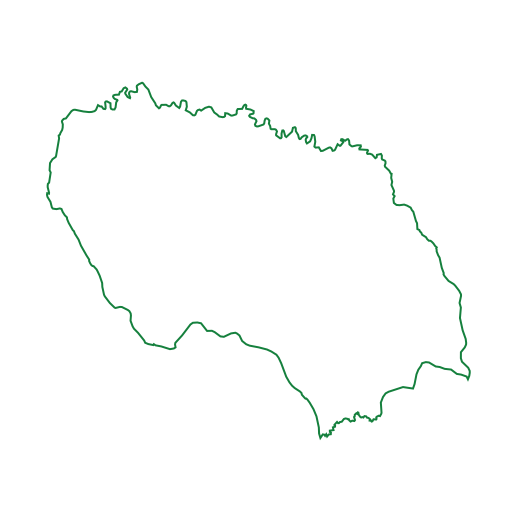 Lakhonepheng, Saravan, Laos (Equal Earth projection), rotated 350°
{"feature_id": "54806243B33951699195054", "entity_name": "Lakhonepheng", "entity_type": "district", "adm_level": 2, "iso_a3": "LAO", "parent_name": "Laos", "parent_adm1": "Saravan", "projection": "equal_earth", "projection_center": [105.622, 15.821], "detail": "fine", "context": "isolated", "style": "outline", "palette": "green", "viewbox_px": 512, "rotation_deg": 350, "n_neighbors": 0, "source": "geoboundaries", "source_scale": "gbopen_adm2", "svg_char_len": 6021}
<svg xmlns="http://www.w3.org/2000/svg" viewBox="0 0 512 512"><g transform="rotate(350 256 256)"><path d="M443.3,414.2L445.2,411.1L446.2,408.2L446.5,406.3L445.6,402.9L440.5,395.9L440.0,392.3L441.1,386.3L445.7,382.3L447.5,379.7L447.9,378.1L448.1,374.1L446.6,365.0L446.1,352.5L448.8,342.3L448.3,337.6L451.0,330.9L451.2,329.3L450.0,325.5L447.1,319.9L445.8,318.0L441.3,314.0L438.2,308.6L437.5,306.7L437.9,305.4L436.9,299.9L436.5,289.5L435.5,286.9L434.7,282.8L435.0,281.0L434.8,279.9L435.5,278.9L434.2,277.3L432.9,274.4L431.6,272.5L430.5,271.3L428.9,271.0L427.5,269.1L426.7,267.0L423.3,263.9L422.8,261.7L421.7,260.3L421.4,258.8L419.6,257.5L420.3,251.7L419.6,249.3L418.6,239.7L417.5,237.9L416.7,235.2L413.5,232.6L410.8,231.1L406.2,230.9L403.2,230.1L401.0,227.7L401.2,223.3L402.9,221.1L401.6,219.1L403.1,216.7L403.2,215.6L401.7,209.6L403.0,206.6L402.7,202.6L403.8,198.6L403.1,198.3L402.0,195.1L398.6,190.5L398.5,189.3L399.7,187.1L399.9,185.3L399.4,184.4L397.0,182.8L396.8,181.6L397.4,179.0L396.8,177.2L392.7,177.4L391.9,179.8L390.5,180.4L388.0,176.3L386.0,175.1L383.7,174.9L383.3,174.5L383.2,173.7L384.6,171.6L384.3,170.9L376.4,169.0L376.4,168.0L378.3,166.5L378.3,165.2L374.9,164.5L370.0,164.8L369.2,164.5L367.4,162.4L367.7,158.5L366.9,156.9L366.0,156.9L363.7,158.0L361.5,156.0L360.3,155.8L359.7,156.9L361.5,158.2L361.7,159.1L358.3,162.1L357.6,162.0L355.8,160.1L352.3,165.1L351.1,165.7L349.7,165.7L349.0,163.0L347.8,161.9L346.4,162.0L340.0,164.0L338.2,163.9L336.7,159.9L333.5,159.6L332.5,158.4L334.2,153.8L334.5,148.4L334.1,146.9L332.3,146.5L331.1,149.6L329.2,152.5L325.7,154.0L325.1,152.5L325.1,150.2L325.8,148.8L327.1,148.0L327.2,147.1L325.9,145.9L324.4,145.8L321.7,147.0L320.2,148.4L319.2,148.4L318.7,147.2L318.5,144.0L316.9,140.0L317.3,137.3L317.2,136.5L316.7,135.9L314.6,136.2L313.1,139.8L306.5,144.1L305.6,143.1L305.1,137.7L304.6,137.0L303.7,137.0L302.4,139.9L301.8,143.6L301.1,144.3L300.2,144.3L296.8,140.7L296.9,139.6L298.3,136.9L297.6,135.1L296.6,134.4L293.1,133.8L292.5,133.2L292.5,130.4L291.7,127.9L292.7,124.9L291.4,122.9L290.4,122.3L289.1,122.5L288.0,124.2L287.1,126.9L286.2,127.8L280.8,128.7L279.4,128.6L278.0,127.7L277.8,126.2L279.9,123.3L279.7,122.0L278.3,120.2L276.7,119.8L274.1,117.9L273.6,116.8L274.8,115.5L277.8,115.4L278.3,115.1L278.9,112.9L276.0,110.8L271.9,109.3L271.9,108.1L272.6,106.4L272.4,105.6L271.8,105.1L270.8,105.3L269.6,106.4L267.9,108.7L263.5,108.1L262.3,109.6L261.7,112.3L260.9,113.1L257.2,113.6L255.9,113.4L252.9,110.8L250.5,110.0L249.8,112.9L248.7,113.5L247.3,113.5L243.9,112.2L242.4,110.1L239.8,107.4L237.8,101.9L235.6,100.8L231.7,101.3L227.2,103.3L225.9,102.0L224.1,102.2L223.0,102.9L220.8,106.4L219.7,106.8L218.3,106.4L215.8,103.1L212.1,100.3L213.8,97.0L214.2,92.4L213.5,91.1L211.2,90.1L210.1,90.0L208.9,91.1L207.2,95.7L206.1,96.9L203.2,93.9L202.0,90.9L201.4,90.4L200.3,90.8L198.5,92.8L197.0,93.6L195.9,93.3L193.8,91.5L189.4,90.8L188.7,91.1L187.2,93.2L186.1,93.7L183.6,90.2L183.3,88.1L180.4,81.3L178.9,73.4L176.5,69.9L174.8,66.3L173.9,65.6L170.4,66.5L168.3,67.6L167.9,68.7L168.0,71.4L167.2,73.7L165.0,73.6L161.5,72.0L160.3,72.2L159.5,73.0L159.1,74.4L159.6,78.2L159.3,78.7L157.2,77.2L155.5,73.5L155.5,72.5L158.1,69.7L158.0,68.8L156.6,67.3L154.8,67.8L152.3,70.6L150.5,70.7L149.0,73.3L145.3,72.8L143.5,73.1L142.9,74.2L143.3,75.6L144.2,76.8L146.5,78.2L146.6,78.7L145.0,80.4L143.5,85.3L142.1,87.1L140.1,86.8L138.8,85.8L138.6,84.4L139.2,80.3L136.0,77.8L134.8,77.8L134.1,78.5L133.8,82.8L133.5,84.5L132.9,85.1L131.3,84.6L129.9,81.9L128.5,81.7L126.6,80.0L123.8,84.3L122.2,85.3L119.3,85.6L116.6,85.3L111.1,83.7L103.1,80.5L101.5,80.4L99.4,81.3L92.7,87.5L90.4,87.6L88.6,89.0L88.2,89.9L88.6,92.8L87.9,96.0L87.0,98.2L84.6,101.1L84.0,102.4L82.6,103.1L82.5,106.0L76.5,122.7L75.9,123.7L72.3,125.4L69.3,128.7L67.6,135.7L68.3,138.1L65.0,147.8L63.6,148.8L63.1,150.4L62.8,152.0L63.2,157.9L62.9,158.7L61.3,157.9L60.8,159.4L60.9,161.6L63.0,167.0L63.4,172.6L64.1,174.0L65.2,174.4L67.7,175.2L71.1,175.1L72.6,175.9L73.3,179.1L74.8,182.7L76.5,185.1L76.4,186.9L77.3,190.9L80.1,198.8L81.0,199.9L81.5,202.6L84.1,209.0L85.4,215.4L89.2,226.1L91.1,230.6L90.8,231.9L91.4,234.3L92.3,236.4L93.3,237.5L94.3,237.8L96.7,241.6L97.4,243.8L98.6,248.2L99.8,255.9L99.3,259.8L99.6,267.7L100.1,269.5L103.9,276.9L107.8,282.3L108.7,282.8L112.9,282.5L115.0,282.9L120.4,286.9L121.7,288.3L122.6,290.8L122.5,292.9L121.2,298.0L122.3,304.0L123.2,306.4L126.5,311.2L131.2,319.8L131.8,322.2L134.6,324.0L139.4,325.9L140.1,325.1L141.5,326.5L147.0,328.6L155.1,332.8L159.1,332.8L160.9,332.0L160.9,329.1L161.5,327.5L169.4,321.4L179.5,312.1L182.2,310.8L186.7,311.3L190.2,312.7L194.8,321.3L199.6,322.0L202.1,323.8L207.0,329.0L210.3,330.0L218.0,327.9L222.4,328.0L223.9,329.1L225.9,331.4L227.6,337.3L231.0,341.2L234.2,343.2L242.7,346.4L250.6,350.0L254.5,352.7L259.0,356.8L260.6,360.1L262.2,366.0L264.8,380.1L267.0,386.2L269.0,390.0L271.2,392.8L275.7,397.0L277.0,398.8L277.1,400.6L279.5,404.5L280.0,405.1L280.8,405.1L281.7,406.3L283.4,409.8L286.0,416.8L287.7,424.4L288.1,435.8L287.3,441.7L287.8,446.4L290.8,443.3L292.2,443.8L292.8,445.1L294.2,443.7L294.7,446.1L296.7,444.4L298.7,444.5L299.1,442.9L298.2,442.1L298.4,440.8L302.1,440.9L302.0,438.1L304.2,437.8L304.4,436.9L303.9,436.6L303.9,435.9L307.0,433.5L307.8,434.9L308.6,435.0L309.8,434.1L311.7,434.1L314.2,431.8L315.8,431.5L317.5,432.1L318.5,433.0L319.0,432.8L319.4,434.2L320.4,435.5L322.2,434.9L324.2,435.6L325.0,434.8L324.6,431.6L325.4,430.9L325.7,429.5L327.5,428.3L328.2,429.0L329.1,427.7L329.6,428.0L329.6,430.2L330.7,432.5L331.5,433.3L332.8,433.1L333.7,433.7L335.0,432.5L336.7,433.1L337.3,434.5L338.7,435.0L339.8,436.5L339.3,437.8L339.9,438.0L340.4,437.5L341.1,439.1L341.9,439.0L343.4,437.2L345.9,437.9L346.4,437.4L346.4,435.8L346.9,435.3L349.1,434.6L350.3,435.2L352.0,433.1L352.4,432.1L353.5,422.0L356.6,416.9L359.8,413.8L363.1,412.7L378.0,410.6L387.6,413.8L389.9,409.7L393.5,400.4L396.1,396.2L399.2,393.1L401.0,390.4L404.8,390.0L407.9,390.9L413.8,396.0L417.6,397.2L422.2,399.9L428.4,401.7L433.3,407.0L437.4,408.4L442.5,411.3L443.3,414.2Z" fill="none" stroke="#15803d" stroke-width="2"/></g></svg>